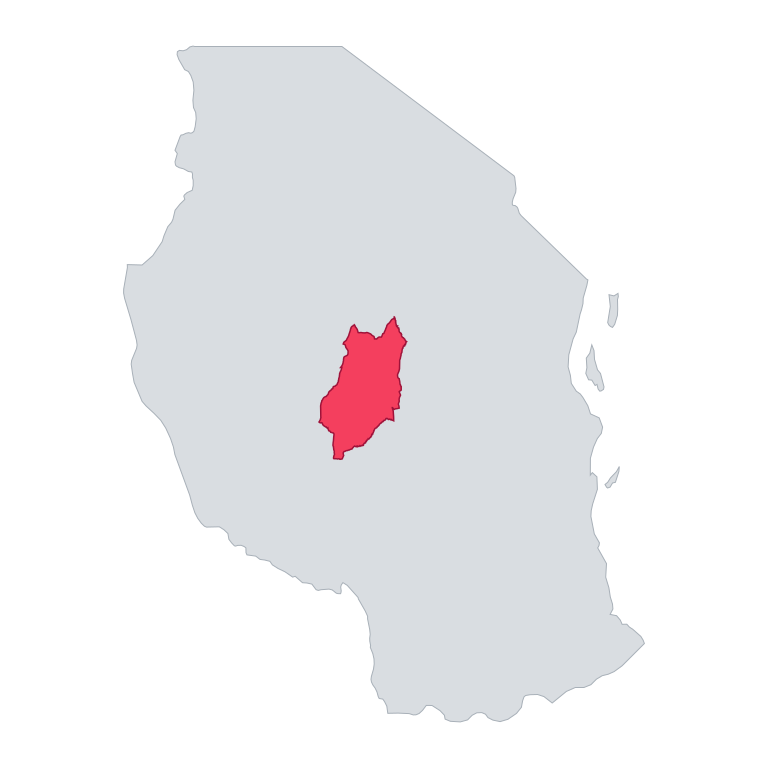 location of Manyoni, Singida, United Republic of Tanzania
{"feature_id": "72390352B73180368039512", "entity_name": "Manyoni", "entity_type": "district", "adm_level": 2, "iso_a3": "TZA", "parent_name": "United Republic of Tanzania", "parent_adm1": "Singida", "projection": "equal_earth", "projection_center": [34.654, -6.406], "detail": "fine", "context": "in_parent", "style": "filled", "palette": "rose", "viewbox_px": 768, "rotation_deg": 0, "n_neighbors": 0, "source": "geoboundaries", "source_scale": "gbopen_adm2", "svg_char_len": 9554}
<svg xmlns="http://www.w3.org/2000/svg" viewBox="0 0 768 768"><path d="M292.7,577.1L285.0,571.8L278.1,568.5L272.4,564.9L269.9,561.3L264.6,560.0L260.0,559.4L255.7,556.1L247.0,554.9L246.0,552.7L245.9,547.9L244.3,546.6L241.2,545.3L237.7,545.4L235.6,546.1L234.4,545.8L231.6,542.9L228.9,539.3L227.9,533.5L223.9,529.7L219.3,526.8L206.5,527.1L204.4,526.2L201.4,523.3L197.8,518.4L194.9,512.8L192.4,505.3L189.7,495.1L174.9,454.6L173.4,446.9L170.5,438.4L165.7,428.0L160.7,420.2L153.9,413.2L146.2,406.1L142.1,401.4L134.1,382.3L132.5,373.3L131.2,364.1L131.7,360.3L136.6,348.3L137.1,345.0L136.5,340.4L134.0,330.9L130.9,319.3L124.6,298.3L123.6,293.0L123.7,289.0L127.4,267.6L127.3,264.6L142.1,265.0L152.8,255.6L162.2,241.6L164.0,235.7L167.8,226.7L171.6,222.2L173.0,219.1L175.1,210.2L180.0,204.1L184.8,199.4L183.8,196.1L184.5,194.9L187.2,192.5L192.2,190.3L193.2,185.6L193.2,180.3L192.4,177.3L192.5,173.9L191.8,172.0L188.4,171.5L183.5,168.8L179.3,167.7L176.5,166.2L175.5,165.0L175.0,161.8L177.3,153.6L175.0,150.3L180.1,136.6L181.1,135.0L182.9,134.8L185.9,133.3L188.6,132.7L190.9,133.2L192.5,132.6L194.0,131.1L195.2,126.5L196.2,118.7L195.7,112.5L193.5,107.6L192.9,100.2L193.9,90.3L193.2,82.0L190.8,75.4L188.4,71.5L184.7,69.7L178.9,59.6L177.1,54.7L177.4,51.7L179.4,50.4L183.1,50.8L186.6,49.7L189.9,46.9L193.0,46.1L194.7,46.5L341.9,46.5L514.0,175.8L514.7,177.4L516.0,188.5L515.7,192.3L513.1,198.7L512.3,202.0L512.3,204.4L512.9,205.3L515.2,205.6L517.1,207.1L517.8,208.3L519.3,213.2L521.1,215.6L586.4,279.0L587.9,279.9L586.9,285.2L583.2,298.1L583.0,303.5L581.5,309.8L580.1,314.0L576.3,332.1L573.1,338.9L568.8,354.8L568.1,366.9L570.4,375.4L571.3,383.4L576.3,391.2L580.3,394.0L583.0,397.6L587.8,405.7L590.5,413.9L599.2,417.9L602.6,427.1L601.3,433.4L597.3,438.6L593.5,447.1L590.4,458.2L590.3,475.2L592.3,472.6L596.9,476.8L597.4,489.3L592.7,503.9L591.2,510.7L590.9,516.5L594.3,533.9L599.4,542.8L599.0,545.6L597.7,547.9L606.5,563.6L605.7,577.2L608.9,587.8L610.3,597.0L612.5,604.1L612.9,609.0L610.1,614.4L616.6,615.7L620.3,620.1L622.1,624.3L626.8,624.2L629.3,627.0L632.9,629.4L640.9,636.5L643.1,640.1L644.4,643.5L622.1,665.8L614.1,671.6L608.3,674.2L602.2,675.7L596.4,679.2L590.9,684.7L583.9,687.5L575.3,687.5L566.4,691.4L552.2,703.0L544.0,696.6L537.6,694.5L530.2,694.7L525.6,695.5L524.0,696.9L522.6,700.8L521.4,707.3L516.5,713.4L507.9,719.3L500.1,721.6L492.9,720.1L488.0,717.6L485.5,714.2L481.8,712.6L476.8,712.8L472.1,715.3L467.6,719.9L460.3,721.9L450.4,721.3L445.1,719.1L444.4,715.2L440.1,710.7L432.1,705.5L426.3,705.4L422.5,710.4L419.1,713.5L416.0,714.8L413.2,714.9L409.2,713.6L398.2,713.1L387.8,713.3L386.8,706.1L384.6,701.7L382.8,699.1L379.2,698.5L378.2,696.5L377.0,692.0L375.2,688.2L372.9,685.0L371.5,682.1L371.0,679.4L371.4,676.4L373.5,669.1L374.2,664.0L374.0,658.9L372.8,653.6L370.3,647.3L370.6,645.5L369.8,641.2L369.7,638.2L370.2,634.4L369.7,629.5L367.6,618.9L367.6,616.2L365.3,611.1L358.4,599.0L358.1,597.5L347.2,585.3L342.9,582.6L341.3,584.9L340.7,587.0L341.2,590.9L340.9,592.9L340.5,593.7L337.9,593.6L336.3,593.2L332.2,589.9L329.0,589.1L321.1,589.7L318.3,590.4L316.1,589.7L311.9,584.1L306.9,583.0L302.5,582.7L295.2,576.3L292.7,577.1ZM600.5,373.5L604.0,386.9L603.5,389.4L601.0,391.0L599.7,391.1L598.1,389.0L597.0,384.4L595.1,385.5L591.8,380.1L588.6,379.8L585.8,373.4L586.9,367.7L586.3,358.1L589.8,353.2L591.8,344.9L594.0,350.6L594.5,359.4L597.5,369.8L600.5,373.5ZM618.0,293.4L618.3,296.6L617.5,299.6L617.7,309.2L617.4,315.5L614.7,324.3L612.5,327.4L610.5,326.5L608.9,325.0L607.7,322.6L610.3,306.5L609.0,294.7L614.0,295.9L618.0,293.4ZM610.1,487.1L607.6,488.0L606.6,487.2L605.0,484.5L607.7,482.3L610.4,478.0L616.5,471.6L619.3,466.5L618.9,471.4L615.4,482.3L612.5,483.0L610.1,487.1Z" fill="#d9dde1" stroke="#a8b0b8" stroke-width="1"/><path d="M406.0,342.8L405.9,342.2L406.2,341.9L406.2,341.7L406.5,341.6L405.6,340.8L405.2,340.3L404.7,339.1L403.9,338.5L403.5,337.8L402.5,337.4L401.7,336.2L401.5,335.8L401.5,334.9L401.6,334.5L401.3,334.3L401.3,333.7L401.1,333.4L400.9,333.4L400.9,333.2L400.6,333.1L400.5,332.9L400.2,332.8L400.1,332.6L399.7,332.4L399.2,331.4L399.1,330.7L399.0,330.1L399.1,329.6L399.0,329.2L398.7,328.9L398.8,328.7L398.5,328.5L398.6,328.2L398.4,328.2L398.0,327.9L398.0,327.6L397.8,327.6L397.7,327.2L397.4,327.1L397.0,326.7L397.1,326.4L396.9,326.3L397.1,326.1L396.8,326.1L396.8,325.5L396.5,325.3L396.3,325.3L396.3,325.0L396.2,324.6L396.0,324.0L395.9,323.3L395.8,323.0L395.7,322.9L395.8,322.3L395.6,322.2L395.6,321.8L395.6,321.5L395.7,321.2L395.8,320.9L395.2,320.0L395.2,319.6L395.0,319.0L395.0,318.8L394.9,318.8L395.0,318.7L394.9,318.5L395.0,318.5L395.0,318.3L394.8,318.1L394.5,317.1L394.2,316.9L394.1,317.1L394.3,317.9L394.1,318.4L392.3,319.2L391.7,319.6L389.3,323.0L388.8,323.3L388.2,323.9L387.6,324.3L387.5,324.5L386.8,325.7L386.5,327.1L385.9,328.3L385.1,330.6L384.7,331.2L384.1,332.8L383.8,333.4L382.8,333.7L381.6,336.8L381.2,337.1L379.7,337.0L378.9,337.1L377.6,338.0L376.7,339.0L376.3,339.0L376.1,338.9L374.5,338.9L374.4,337.8L374.2,337.4L374.1,336.8L374.0,336.5L372.6,335.7L372.0,335.4L371.2,334.4L370.3,333.8L368.7,333.1L367.4,332.6L366.7,332.5L365.3,332.9L364.3,332.9L362.5,332.8L361.0,332.5L359.5,332.7L358.2,332.6L358.0,332.2L357.6,330.6L357.2,329.4L356.2,327.8L355.3,326.9L355.3,326.3L354.6,325.3L354.6,325.1L354.3,324.8L354.1,325.2L353.3,325.5L353.2,325.5L353.0,325.9L352.5,326.2L352.0,326.4L351.3,327.2L351.0,327.7L351.0,328.3L350.7,328.8L350.5,329.1L350.4,330.1L350.2,330.8L349.2,333.8L348.6,335.8L348.2,336.6L347.9,337.2L347.0,338.8L346.3,340.3L343.8,342.3L343.2,344.0L344.8,344.6L345.2,345.0L345.4,345.4L345.6,346.4L345.9,347.5L347.5,349.8L348.1,350.9L348.0,353.3L348.0,353.9L347.5,355.0L347.1,355.4L346.3,355.8L344.4,356.7L344.0,357.2L343.7,358.1L343.5,359.7L343.5,360.9L343.2,361.7L343.2,362.3L342.7,364.1L341.9,365.8L340.6,367.5L341.8,367.5L341.5,368.8L341.0,370.5L340.3,371.8L339.6,373.6L339.6,374.4L339.4,375.5L339.5,375.9L339.1,377.5L338.7,378.9L338.6,380.0L338.3,380.9L338.4,381.6L338.1,382.1L337.6,383.0L337.2,383.9L337.1,384.5L336.5,385.1L336.1,385.2L335.2,386.1L333.6,386.5L333.0,387.2L333.0,387.9L332.7,388.7L332.4,388.9L332.1,388.9L331.6,389.1L331.4,389.3L331.0,390.2L330.2,390.8L329.7,391.0L329.3,391.6L328.9,391.9L328.4,393.2L328.2,394.1L327.8,394.7L327.1,395.3L326.2,396.5L325.4,396.6L323.8,397.6L322.8,399.1L322.5,399.9L321.8,400.7L321.6,402.0L321.1,403.1L320.9,404.4L320.6,405.9L320.7,409.8L320.8,417.0L320.9,417.6L320.6,418.4L320.4,419.5L319.6,421.1L319.0,422.0L319.4,422.4L320.3,422.9L321.5,422.6L321.9,422.7L321.9,423.0L322.5,423.8L322.6,424.3L323.1,425.1L323.4,425.2L323.6,425.6L324.7,426.3L325.4,426.8L325.7,427.0L326.2,426.9L326.5,427.4L326.9,427.5L327.1,428.1L327.6,428.5L327.8,428.3L327.8,428.5L328.1,428.8L328.7,430.7L329.3,431.0L329.7,431.0L330.3,431.6L330.7,432.3L331.8,432.5L332.3,432.8L333.2,432.9L333.6,433.2L333.9,433.8L334.0,434.7L333.7,437.0L333.5,440.0L333.4,441.2L333.2,442.2L333.1,443.5L333.0,444.3L333.0,445.8L333.5,446.7L333.5,447.8L333.7,448.8L333.7,449.5L334.3,451.2L334.2,452.8L334.5,454.2L334.4,454.6L333.9,455.8L333.6,457.2L333.5,458.1L333.7,458.6L334.2,458.7L336.1,458.7L336.6,458.8L336.9,458.8L337.4,459.0L339.0,458.7L339.5,459.1L340.0,459.3L342.0,459.0L342.2,458.9L343.7,455.4L343.5,455.0L343.3,454.0L343.2,453.0L343.5,452.2L344.1,451.5L345.1,451.3L345.8,450.8L346.7,450.6L347.7,450.5L348.3,450.1L349.4,450.0L350.1,449.5L352.1,448.9L352.2,448.5L353.0,447.6L353.9,446.5L354.3,446.4L354.5,446.1L355.3,446.4L355.6,446.4L355.8,446.6L356.6,446.2L356.9,446.1L357.0,446.1L357.1,446.5L357.4,446.2L357.7,446.7L358.6,446.3L359.1,446.4L359.4,446.0L359.8,446.0L360.0,445.6L360.5,445.8L360.7,446.0L360.8,445.8L361.4,445.8L362.2,445.3L362.5,445.4L362.8,445.3L362.9,445.2L363.0,445.5L363.4,445.3L363.3,444.7L363.8,444.0L364.1,443.4L364.3,443.4L364.5,443.1L365.1,442.9L365.5,442.9L365.6,442.7L365.6,442.0L365.8,441.8L365.9,441.4L366.3,441.5L366.4,441.4L366.8,440.6L366.7,440.3L366.9,440.1L367.1,440.1L367.5,439.9L368.0,439.4L368.0,439.1L368.1,438.8L368.4,439.0L368.8,439.0L369.3,438.7L369.5,438.0L370.1,437.7L370.8,437.1L370.7,436.9L370.7,436.7L371.4,436.1L371.6,435.8L371.6,435.4L371.7,434.7L372.0,434.8L372.3,434.3L372.3,433.8L372.5,433.6L372.8,433.7L372.8,433.4L373.3,432.5L373.9,431.0L373.8,430.6L374.2,430.2L374.4,429.8L374.6,429.0L374.8,428.9L375.3,428.2L375.7,428.1L376.2,428.0L376.8,427.6L377.0,427.0L377.3,426.9L377.4,426.6L377.7,426.2L378.4,426.0L378.8,425.3L379.2,425.0L379.3,424.6L379.3,424.4L379.6,424.1L380.3,423.6L380.8,423.0L381.3,423.0L382.3,421.7L382.5,421.8L383.1,421.6L383.4,420.9L383.7,420.7L383.9,420.4L384.2,420.5L384.9,420.3L385.1,419.9L385.7,419.4L385.8,418.8L386.2,418.4L386.9,418.6L387.4,418.5L388.3,419.5L388.7,419.3L389.2,419.4L389.6,419.1L390.2,419.4L390.7,419.4L391.0,419.7L391.3,419.6L391.3,419.9L391.5,419.8L393.7,420.8L393.6,416.6L393.2,410.9L392.5,408.7L392.3,407.6L392.5,407.6L393.6,408.9L394.2,409.4L395.8,408.7L396.8,408.7L399.2,408.1L398.9,405.9L398.4,404.4L398.4,403.9L398.5,403.4L399.2,401.5L399.2,400.5L399.1,399.3L399.4,397.8L399.6,397.1L400.5,395.3L400.5,395.0L399.5,392.6L399.2,391.7L399.6,391.2L401.0,390.4L401.2,389.8L401.2,386.5L400.8,385.9L400.6,385.8L400.5,384.9L400.0,384.2L399.7,381.2L399.3,379.5L399.2,378.7L398.5,378.3L397.9,377.6L397.8,377.4L397.5,375.5L397.6,374.3L398.9,371.3L399.5,368.9L399.7,360.0L400.3,358.6L400.6,356.8L401.0,355.5L401.1,353.9L401.9,352.3L402.1,350.0L402.5,348.4L402.7,348.1L402.9,348.1L402.9,347.3L403.5,346.7L403.5,346.1L403.8,346.0L404.0,345.7L404.0,345.8L404.5,345.9L404.5,345.6L404.6,345.3L404.9,345.2L405.3,344.5L405.5,344.5L405.6,343.7L405.8,343.4L405.8,343.0L406.0,342.8Z" fill="#f43f5e" stroke="#9f1239" stroke-width="1.5"/></svg>